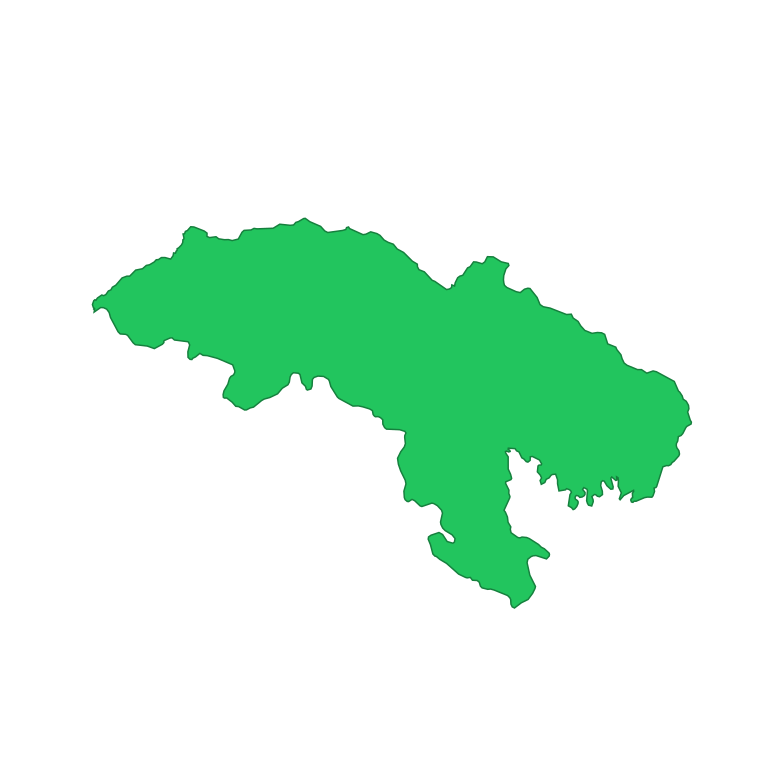 the district of Qanya, Qacha's Nek, Lesotho, rotated 202°
{"feature_id": "5366337B93749016515077", "entity_name": "Qanya", "entity_type": "district", "adm_level": 2, "iso_a3": "LSO", "parent_name": "Lesotho", "parent_adm1": "Qacha's Nek", "projection": "mercator", "projection_center": [28.412, -30.083], "detail": "fine", "context": "isolated", "style": "filled", "palette": "green", "viewbox_px": 768, "rotation_deg": 202, "n_neighbors": 0, "source": "geoboundaries", "source_scale": "gbopen_adm2", "svg_char_len": 6138}
<svg xmlns="http://www.w3.org/2000/svg" viewBox="0 0 768 768"><g transform="rotate(202 384 384)"><path d="M312.6,540.6L313.9,542.3L321.1,541.2L330.3,542.8L335.8,540.8L336.3,534.9L338.0,532.3L344.0,531.7L346.7,530.8L348.1,525.0L350.0,523.0L351.7,514.3L354.1,512.4L355.5,510.1L355.9,504.6L355.3,501.3L358.2,501.3L357.5,498.7L358.9,496.6L361.4,495.0L375.4,498.2L378.2,498.2L388.6,503.1L394.4,503.1L396.9,505.2L398.0,507.6L403.7,508.5L415.1,513.3L422.3,514.1L427.7,517.1L433.4,516.9L437.8,517.5L443.4,520.3L446.9,520.8L453.3,520.1L456.9,516.1L459.4,514.6L474.1,515.2L475.7,516.3L477.3,515.0L477.3,512.9L480.0,510.8L492.9,503.4L496.2,503.7L501.8,506.4L513.5,506.7L519.1,508.1L520.5,507.3L524.2,502.5L526.3,500.8L527.4,497.6L530.4,496.0L540.5,493.1L545.1,486.9L559.8,480.3L562.8,479.6L565.0,477.0L571.3,474.0L572.5,471.5L573.4,463.8L578.5,460.1L582.4,459.6L586.0,458.0L591.6,456.7L594.9,457.6L600.6,454.4L603.4,454.5L604.6,457.6L608.0,458.5L619.0,458.4L622.1,457.4L623.8,452.6L625.3,451.1L625.2,448.6L626.5,447.8L624.2,444.5L623.9,443.4L624.5,442.4L623.6,439.8L623.9,436.9L625.5,433.1L626.5,432.0L625.9,430.3L626.5,429.3L626.3,427.2L628.2,426.7L627.6,423.9L628.6,419.9L634.5,419.2L637.8,417.8L639.7,414.9L641.7,413.9L642.8,411.0L646.1,406.7L648.8,404.9L651.1,400.4L656.9,396.6L660.2,388.7L662.9,387.6L666.6,384.2L669.7,375.1L672.1,372.0L672.5,368.9L674.4,367.0L675.4,362.7L677.0,360.9L679.0,360.8L681.9,356.4L682.5,353.7L683.6,353.8L684.3,352.5L684.1,348.4L681.9,345.8L681.1,345.7L681.1,344.8L680.4,345.1L679.7,342.1L675.4,348.7L672.7,349.7L669.1,349.5L665.6,347.3L662.5,343.2L650.1,332.8L647.3,331.6L642.1,333.3L640.0,333.1L632.0,328.2L629.3,327.3L617.7,330.5L610.2,330.8L604.4,337.8L603.6,339.9L604.2,341.1L603.9,342.1L599.6,346.5L597.8,347.4L594.8,346.3L581.8,349.7L580.9,349.5L578.8,347.4L577.9,340.4L575.7,335.3L573.1,334.2L571.3,334.7L570.9,336.3L568.9,338.5L566.2,343.4L562.5,342.8L558.5,344.1L548.0,345.4L531.5,345.1L527.2,340.3L526.7,338.7L526.9,336.1L528.8,333.6L529.3,331.3L528.7,325.3L529.8,317.7L529.2,313.9L527.9,311.4L526.6,311.2L524.6,312.1L518.1,310.3L513.1,307.8L510.3,308.6L503.5,307.7L501.8,308.5L499.1,311.7L496.3,313.7L491.3,322.8L489.4,325.2L484.8,328.7L479.0,335.0L476.7,342.0L472.8,347.3L472.5,350.3L473.7,355.3L473.5,358.1L472.2,360.5L467.5,361.9L465.5,361.4L460.5,354.3L455.9,352.4L454.0,350.0L452.8,349.7L449.9,352.0L449.9,355.1L452.1,361.5L451.3,363.9L448.2,366.6L442.8,368.4L437.3,367.5L435.9,366.4L432.3,361.7L422.4,354.5L420.3,353.7L404.5,351.9L399.6,354.1L395.0,354.9L388.1,355.5L384.8,355.0L382.6,351.6L381.0,350.7L379.8,350.4L377.2,351.6L374.7,351.5L371.8,350.4L370.0,346.3L367.1,343.8L364.8,343.1L352.4,347.5L346.9,347.9L345.3,346.8L345.4,344.0L344.9,342.4L341.8,336.7L341.6,333.2L343.1,327.5L343.6,320.2L340.6,315.0L336.0,309.7L328.3,302.8L326.2,299.6L325.4,292.1L322.6,286.3L321.1,284.7L318.5,283.8L317.1,284.2L314.8,287.5L311.9,287.3L304.8,284.5L303.0,284.6L295.0,291.5L292.8,291.8L288.9,291.2L283.4,288.6L281.4,286.2L279.9,277.2L278.6,275.1L275.6,272.4L272.4,271.0L264.4,269.7L260.2,267.3L259.5,263.7L260.5,262.2L266.4,261.6L273.3,266.4L277.4,266.9L283.8,261.4L285.4,258.9L284.9,256.7L280.8,252.5L275.0,244.7L272.4,243.5L270.8,243.7L266.5,242.3L258.8,241.1L243.6,235.7L236.0,235.2L234.3,235.4L231.5,237.0L228.5,235.2L224.0,236.7L221.4,235.9L218.9,232.7L216.7,231.7L210.9,232.5L208.4,233.8L204.9,234.2L190.2,234.2L187.2,232.9L185.8,231.6L183.8,227.4L181.6,225.4L179.1,225.2L174.7,232.6L169.7,238.2L167.8,245.5L167.4,250.8L167.7,253.0L177.2,261.4L184.4,271.9L185.0,275.4L183.1,278.9L181.5,280.5L178.8,281.9L167.8,282.7L166.4,286.3L166.7,287.9L167.5,289.0L173.6,291.3L177.0,291.6L180.6,293.1L191.4,295.1L194.3,295.1L198.7,293.8L200.4,292.2L202.4,291.8L210.5,293.7L212.5,296.7L212.9,299.0L217.2,302.3L219.7,306.9L223.5,310.7L225.4,311.8L224.8,325.6L225.1,326.9L227.3,329.3L228.4,332.4L234.0,337.4L234.5,338.9L230.5,342.9L230.3,344.3L232.8,347.7L237.0,351.7L241.6,363.0L245.2,365.5L246.1,366.9L245.2,367.7L242.9,367.7L241.8,368.7L242.6,369.7L244.5,370.0L244.7,371.1L238.2,373.2L236.1,371.7L233.4,371.6L228.6,367.2L226.3,366.9L223.0,365.3L221.3,365.5L219.9,367.9L221.1,371.3L219.3,372.4L211.4,371.8L207.9,369.0L208.0,367.7L209.9,366.9L210.5,365.7L208.9,360.0L204.9,358.0L202.7,355.9L203.1,353.0L200.6,349.9L198.0,352.9L197.9,356.4L195.7,358.9L195.0,361.8L194.1,363.1L191.1,364.7L187.2,360.2L185.7,356.5L181.7,350.4L176.0,353.9L175.6,355.3L172.4,355.5L170.7,354.8L169.7,353.9L170.1,351.0L167.5,340.1L163.8,339.6L161.6,338.4L160.4,339.6L159.4,342.5L159.3,345.7L159.8,347.4L161.0,348.4L163.3,348.9L164.2,349.9L164.4,351.4L163.9,352.7L161.9,353.1L160.0,352.2L157.9,353.5L156.5,355.5L156.3,357.0L157.0,358.8L160.4,360.7L159.9,362.8L156.5,362.5L155.4,361.3L152.4,351.7L150.7,349.6L149.0,348.3L145.7,348.7L145.9,353.2L146.7,354.9L149.1,357.5L147.6,360.3L146.3,360.7L144.2,359.9L141.9,360.2L140.0,363.3L141.4,366.4L145.0,370.9L145.9,374.7L145.0,376.3L143.4,376.4L139.2,373.2L134.3,371.4L132.5,372.4L133.0,374.5L138.4,381.6L138.0,383.1L132.9,381.4L132.1,382.2L133.6,385.1L131.9,384.8L130.6,382.7L128.6,376.9L123.2,372.0L122.8,365.7L121.7,365.1L119.9,370.4L112.8,378.9L112.2,377.8L112.8,375.8L110.9,371.8L111.7,370.7L111.8,368.9L110.4,367.3L108.9,367.5L108.1,369.1L106.4,369.7L99.9,376.2L97.3,377.9L93.2,379.4L92.7,381.0L92.9,385.7L94.6,388.7L93.1,389.9L92.8,391.1L94.4,411.7L91.5,414.2L89.6,414.8L87.9,416.7L87.4,419.2L86.2,420.9L83.7,427.9L83.8,429.8L85.5,432.5L88.6,434.6L89.9,436.3L90.6,438.4L90.3,441.1L91.4,445.5L89.3,447.5L88.4,450.0L87.8,456.7L87.3,458.2L84.3,461.9L84.7,463.8L86.5,465.2L92.0,471.8L92.0,475.2L93.7,478.3L97.3,481.2L100.9,482.0L103.1,484.7L106.7,487.2L108.4,487.8L115.8,495.1L136.0,497.4L139.4,496.9L144.4,492.5L150.6,493.8L154.4,492.3L165.6,492.4L169.2,493.4L172.7,496.6L175.3,499.9L181.0,503.1L182.9,505.0L191.6,505.0L198.0,512.7L201.4,513.0L205.4,511.7L210.1,508.9L217.9,508.9L223.4,511.6L227.5,514.7L233.3,516.0L236.5,518.9L240.8,516.8L258.4,516.6L265.3,515.3L269.1,516.1L274.5,521.6L284.4,527.2L286.5,526.7L289.3,524.5L291.9,519.8L296.0,519.1L306.2,519.5L309.2,520.6L310.7,522.5L312.3,525.4L313.6,529.4L314.1,536.4L312.6,540.6Z" fill="#22c55e" stroke="#15803d" stroke-width="1.5"/></g></svg>